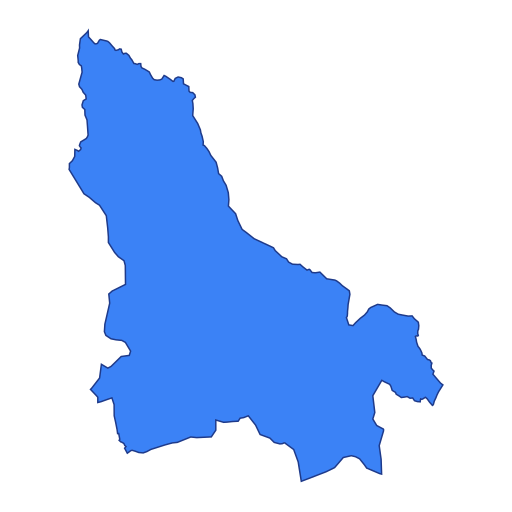 the district of Bakori, Katsina, Nigeria
{"feature_id": "59680162B75348496545912", "entity_name": "Bakori", "entity_type": "district", "adm_level": 2, "iso_a3": "NGA", "parent_name": "Nigeria", "parent_adm1": "Katsina", "projection": "natural_earth1", "projection_center": [7.44, 11.676], "detail": "fine", "context": "isolated", "style": "filled", "palette": "blue", "viewbox_px": 512, "rotation_deg": 0, "n_neighbors": 0, "source": "geoboundaries", "source_scale": "gbopen_adm2", "svg_char_len": 4381}
<svg xmlns="http://www.w3.org/2000/svg" viewBox="0 0 512 512"><path d="M301.3,481.3L326.0,471.8L334.6,467.6L343.3,457.5L351.3,455.7L355.5,456.7L359.6,458.8L364.4,464.8L366.7,468.1L379.7,473.6L381.6,474.1L381.1,459.3L379.2,445.6L383.5,431.0L383.6,429.6L383.3,429.0L380.8,427.7L376.7,425.5L372.8,419.0L374.8,412.5L372.8,395.7L381.8,380.3L384.2,381.7L389.7,384.3L390.9,386.3L392.2,390.4L395.5,392.4L396.2,394.2L399.5,396.2L401.3,397.5L404.4,397.1L407.2,396.6L410.0,398.2L412.7,398.0L414.5,400.7L417.4,401.6L420.2,401.8L420.4,399.9L420.7,398.9L421.6,399.3L422.5,399.1L425.4,397.3L427.1,398.7L429.6,402.2L432.4,405.4L433.3,404.7L434.3,401.1L435.9,397.8L436.9,395.2L437.9,393.1L438.6,391.7L442.9,384.9L440.5,383.1L432.9,374.2L434.0,371.1L433.1,370.3L431.3,368.2L431.2,365.4L431.9,363.1L431.2,362.8L430.4,360.7L429.2,359.9L427.5,359.5L426.2,357.9L424.7,356.0L422.2,355.1L421.9,353.0L421.3,351.6L420.2,349.3L419.1,347.7L418.0,346.4L416.6,342.2L416.2,339.6L415.4,336.4L416.3,335.9L417.8,336.0L418.3,335.4L417.7,333.6L417.8,330.8L418.5,329.3L418.8,325.6L418.3,322.2L414.3,318.7L412.1,315.9L408.2,316.1L402.7,315.1L398.2,314.2L394.3,311.9L390.2,307.9L387.0,305.7L382.2,305.1L377.6,304.4L370.7,307.5L368.8,309.0L367.3,311.9L364.5,315.1L360.4,318.2L355.6,322.7L353.0,325.6L348.8,324.9L346.4,317.6L347.1,316.5L347.3,315.8L347.5,313.2L347.5,311.7L347.9,307.6L348.1,304.6L349.9,294.3L349.3,290.8L342.2,285.6L339.6,283.1L336.6,280.9L334.9,280.1L326.7,278.8L320.6,272.8L319.9,272.1L315.3,272.8L312.0,272.5L309.9,269.7L309.2,269.3L307.0,270.1L302.8,266.8L300.0,264.3L298.0,264.5L292.5,264.2L288.6,262.1L286.5,258.8L281.8,256.8L275.2,250.6L273.5,247.8L254.1,238.7L251.1,236.3L246.3,232.5L242.1,229.4L237.8,220.5L235.6,213.7L228.4,206.1L228.9,199.8L228.3,192.7L226.1,185.3L223.4,180.8L221.7,176.3L218.6,173.6L217.6,167.9L216.1,162.2L210.8,155.4L209.0,151.6L206.9,148.5L204.4,145.6L203.1,145.1L203.3,141.7L202.1,136.3L200.9,132.9L200.4,129.9L197.7,123.5L192.7,115.6L193.2,108.8L192.9,103.7L192.3,100.4L193.9,98.5L195.4,97.2L194.9,94.8L192.7,92.6L190.2,92.4L189.0,91.1L188.8,86.6L183.5,83.8L183.2,78.9L181.4,77.7L178.1,77.0L175.2,78.4L173.8,81.3L172.9,81.4L170.5,79.5L165.8,76.3L164.1,75.5L161.8,79.1L159.9,79.9L157.2,80.2L154.2,79.7L152.6,78.2L150.4,74.4L149.3,72.0L147.2,70.7L144.5,69.1L142.0,68.0L141.0,66.5L140.7,63.6L138.9,63.6L137.2,64.4L135.0,63.6L133.9,63.5L131.7,59.6L130.4,58.1L128.9,55.4L126.4,53.3L125.0,53.3L123.4,54.0L121.9,52.0L121.2,49.2L119.6,48.9L118.3,49.8L115.9,50.4L114.9,49.9L114.6,48.6L112.2,46.0L109.5,42.8L107.8,41.4L106.3,40.9L100.3,39.5L99.3,40.3L98.3,42.0L97.5,43.4L96.3,43.8L95.1,43.9L93.8,42.8L91.7,40.4L88.5,36.9L88.2,30.7L87.6,31.6L86.6,32.8L80.4,38.7L79.5,45.0L79.6,48.0L77.7,55.5L78.2,60.5L78.2,62.4L79.4,64.5L79.8,64.8L81.3,65.8L81.7,68.0L82.1,72.2L78.8,84.1L79.5,86.7L82.0,89.5L83.2,92.3L85.7,95.1L86.2,98.9L83.3,100.7L82.0,104.9L82.4,107.3L84.8,109.5L85.0,115.1L87.0,119.9L87.5,126.5L88.1,135.1L87.4,136.8L86.3,138.5L83.7,140.1L80.7,141.9L79.7,144.5L79.4,145.7L80.4,147.2L81.1,148.0L80.6,149.6L79.4,150.6L78.5,151.3L77.7,150.6L74.9,149.4L74.7,156.5L72.4,160.7L69.4,163.6L69.4,167.5L69.1,169.4L84.0,193.8L89.1,197.2L95.5,202.7L99.5,205.2L106.3,215.7L107.7,227.9L108.4,236.9L108.4,242.5L114.6,252.4L118.3,256.7L124.0,260.7L125.3,265.5L125.5,284.4L112.2,291.0L108.8,294.0L109.7,303.2L104.9,324.1L104.4,331.7L105.9,335.4L111.0,338.8L116.0,339.8L121.8,340.4L125.4,342.4L130.6,351.1L129.3,355.4L121.2,356.5L111.1,366.4L107.8,368.1L101.4,364.3L99.6,378.0L91.7,388.2L90.5,389.4L96.1,395.3L97.8,397.2L97.8,402.5L101.0,401.7L107.1,399.5L111.9,397.9L114.1,404.6L114.2,415.8L115.7,422.6L116.5,426.7L117.1,429.7L117.6,433.6L118.7,433.5L119.8,439.3L119.1,440.3L120.7,441.8L121.0,442.0L121.4,442.0L123.3,443.1L123.9,443.5L124.7,445.3L126.0,446.6L124.6,448.2L127.3,453.2L129.4,451.7L130.8,450.6L132.2,450.3L135.2,451.2L138.8,452.5L143.2,452.9L146.8,451.6L150.9,449.4L159.4,446.7L164.7,445.0L169.4,443.7L172.4,442.9L177.3,442.4L190.7,437.0L191.8,437.1L193.9,437.3L196.7,437.6L211.3,436.9L215.8,430.2L215.8,420.0L223.6,422.3L227.0,422.1L232.7,421.5L238.2,421.2L240.1,418.2L243.7,417.6L248.3,415.8L255.6,425.1L260.1,434.5L269.9,438.1L274.2,442.4L279.9,443.9L282.2,443.7L282.9,443.4L283.2,443.3L283.8,443.0L284.1,442.9L284.5,442.9L285.0,443.0L285.3,443.3L285.5,443.5L285.8,443.7L286.9,444.5L293.7,449.5L298.2,461.9L301.3,481.3Z" fill="#3b82f6" stroke="#1e3a8a" stroke-width="1.5"/></svg>